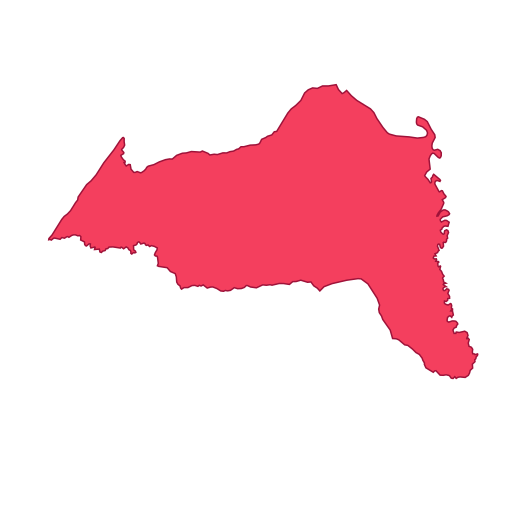 Dondo, Sofala, Mozambique, rotated 170°
{"feature_id": "85939544B17350721147016", "entity_name": "Dondo", "entity_type": "district", "adm_level": 2, "iso_a3": "MOZ", "parent_name": "Mozambique", "parent_adm1": "Sofala", "projection": "robinson", "projection_center": [34.673, -19.439], "detail": "fine", "context": "isolated", "style": "filled", "palette": "rose", "viewbox_px": 512, "rotation_deg": 170, "n_neighbors": 0, "source": "geoboundaries", "source_scale": "gbopen_adm2", "svg_char_len": 5929}
<svg xmlns="http://www.w3.org/2000/svg" viewBox="0 0 512 512"><g transform="rotate(170 256 256)"><path d="M138.0,403.3L141.3,401.4L143.0,401.0L145.9,405.6L147.3,410.8L155.2,410.9L161.0,411.9L166.4,410.4L171.1,411.7L175.7,410.6L179.8,408.1L184.8,401.4L190.6,397.4L195.8,394.7L199.8,391.3L214.0,375.1L216.4,375.2L219.4,372.5L223.9,371.9L225.7,371.0L230.2,369.9L232.5,366.7L233.9,365.7L237.0,365.5L242.5,366.2L249.0,365.7L251.8,366.2L254.5,364.5L256.5,364.4L259.9,363.2L263.4,363.3L267.0,362.6L270.8,363.3L276.4,362.6L279.6,363.5L283.9,363.5L285.4,365.4L290.6,368.7L292.9,368.0L301.5,370.1L306.7,369.6L310.7,370.0L316.7,368.9L321.6,366.0L324.4,366.6L328.4,366.6L334.8,365.5L340.7,363.7L346.5,363.2L348.2,362.3L349.3,360.9L351.3,359.4L354.1,358.1L355.3,358.0L358.4,359.8L360.4,359.3L361.9,359.6L364.0,363.2L364.0,367.8L365.4,368.3L368.2,367.2L369.2,369.2L369.7,370.9L368.8,370.7L368.4,372.1L370.0,374.0L371.5,377.2L371.6,378.6L368.6,379.8L368.2,380.9L369.7,383.4L369.8,384.3L367.6,385.9L366.1,388.0L366.0,391.5L365.4,394.7L366.0,395.7L366.8,395.7L369.9,393.2L377.5,385.2L389.7,374.2L399.3,363.7L405.3,358.7L410.4,355.7L420.9,345.0L421.9,342.1L424.4,339.9L430.8,332.8L434.4,330.1L438.0,328.3L440.9,325.8L453.2,312.1L456.9,309.2L457.3,308.0L456.1,308.1L454.8,307.2L452.3,308.6L451.2,308.6L446.0,306.5L444.0,307.9L441.5,306.8L439.1,307.8L438.0,307.8L437.0,306.9L433.8,308.3L432.2,308.5L430.2,308.2L427.9,306.8L426.1,306.8L425.1,305.4L425.9,302.2L422.5,299.7L422.7,297.1L422.1,295.8L421.2,295.3L418.2,297.0L417.0,296.6L417.6,294.7L417.2,292.6L413.2,292.8L412.9,292.5L413.9,290.4L409.1,290.0L409.0,287.1L407.7,286.3L406.1,287.4L403.6,287.6L402.4,289.2L400.8,289.0L399.2,290.3L395.3,289.8L388.2,287.4L387.5,288.1L386.8,288.0L385.1,286.1L382.3,287.5L380.8,286.3L380.1,284.3L378.7,283.2L378.5,281.7L378.8,280.4L378.0,279.5L376.1,280.6L374.8,280.1L373.7,280.4L373.9,281.7L375.4,283.4L374.8,287.5L372.3,287.7L371.0,288.6L370.5,289.8L369.1,290.3L368.4,289.9L367.4,287.8L364.1,288.2L363.1,287.5L362.9,286.3L362.2,285.5L360.4,285.6L359.1,283.8L357.2,284.4L354.4,283.1L351.8,281.1L352.4,279.3L354.5,276.9L355.8,274.7L355.1,273.5L353.5,273.0L353.2,271.9L353.5,265.7L354.8,263.5L353.7,262.7L345.5,259.9L343.0,255.6L338.6,252.7L338.1,249.3L338.6,244.1L337.8,241.7L336.0,239.7L335.8,237.6L335.1,236.3L332.4,237.4L328.6,236.7L324.2,238.0L321.3,237.7L318.5,236.2L317.0,237.0L315.3,236.0L313.0,236.7L309.6,232.9L306.1,233.3L303.9,233.0L300.1,230.7L296.8,227.7L294.0,226.9L292.3,227.4L290.0,226.6L287.1,226.6L282.9,228.6L279.8,227.0L276.0,226.5L272.9,227.1L270.7,228.6L269.6,228.4L266.7,226.4L261.1,224.6L254.4,226.4L250.8,225.4L247.2,225.3L245.3,224.5L238.0,224.9L233.6,224.1L228.0,222.2L224.3,224.4L221.0,223.9L216.1,224.4L209.8,221.2L206.4,220.9L204.3,216.6L201.2,213.7L199.2,210.5L194.3,214.0L185.9,215.6L170.8,216.4L159.5,216.0L156.4,215.2L150.6,209.1L144.0,193.3L142.8,186.2L144.4,182.4L144.4,178.8L142.8,175.1L142.2,171.5L136.7,159.8L135.8,151.0L132.2,150.1L130.0,148.7L125.0,142.7L122.0,141.6L118.0,137.1L115.2,133.1L112.2,130.7L110.1,126.5L109.8,124.4L108.7,121.4L109.0,120.0L108.1,116.4L101.6,110.7L100.1,111.8L98.7,111.8L95.4,106.7L92.3,106.0L89.4,106.0L86.8,104.9L86.1,104.3L85.1,102.0L84.1,101.4L83.1,101.2L81.2,102.6L80.1,100.7L78.2,101.5L76.1,101.5L71.1,100.1L67.6,101.6L66.0,103.7L64.9,106.2L62.1,108.0L61.7,111.9L58.7,113.9L58.6,115.9L57.4,116.6L56.6,118.6L55.3,119.4L54.7,120.7L54.8,121.1L57.5,120.9L57.9,121.6L59.5,122.1L59.6,123.9L58.8,126.5L59.7,128.7L61.9,130.1L62.1,133.4L60.5,136.7L61.3,138.2L62.6,137.8L62.8,138.3L61.0,140.9L61.4,143.9L63.5,145.7L69.2,145.4L71.7,146.3L72.1,146.3L72.6,145.1L74.4,145.4L74.9,148.9L73.4,150.6L71.1,151.2L70.6,152.6L69.1,153.9L69.2,154.9L70.5,157.0L71.7,157.5L74.1,158.0L77.7,157.4L78.9,158.4L79.0,159.6L78.0,162.3L76.0,163.4L75.1,163.3L73.9,161.6L73.1,162.9L71.9,163.6L72.0,167.0L72.3,167.7L73.8,168.1L73.2,168.8L71.8,168.7L71.7,169.8L72.3,169.9L72.6,170.9L71.9,173.2L72.1,174.9L72.8,175.4L75.0,174.4L75.9,174.6L77.9,175.7L78.7,177.1L78.2,178.9L76.6,178.2L75.0,179.1L74.6,180.8L72.7,180.7L72.4,182.6L73.6,185.9L71.8,188.7L72.1,189.7L73.8,190.6L76.0,189.2L77.0,189.3L77.5,190.0L77.6,191.2L77.0,192.1L75.3,192.9L74.1,192.8L76.6,195.3L76.0,196.1L73.7,196.2L75.8,197.9L75.6,199.8L76.1,201.6L75.9,202.2L74.2,203.5L75.3,205.5L76.0,208.7L77.3,210.8L76.0,213.8L76.3,214.2L77.9,213.6L78.5,214.5L78.3,217.4L77.1,218.1L77.2,218.8L79.9,219.6L78.8,221.0L78.9,221.9L80.9,222.1L81.8,223.3L80.8,225.0L78.6,224.8L79.4,227.1L76.6,227.8L75.9,229.0L74.7,229.7L75.6,234.1L75.0,235.7L74.3,236.1L73.1,235.6L72.9,232.4L71.9,231.4L71.1,231.5L69.6,233.1L69.3,236.7L68.7,237.0L67.4,236.4L66.7,236.6L65.7,237.8L65.5,239.4L64.2,240.2L64.2,242.8L62.3,245.7L62.6,247.7L63.8,248.7L65.7,248.2L66.4,246.8L66.6,245.4L67.6,244.9L68.4,245.4L69.9,247.5L70.0,249.4L68.3,250.2L67.8,251.3L65.8,252.6L64.4,252.7L61.8,251.9L59.9,255.7L62.1,257.9L63.8,258.4L67.6,257.3L68.3,258.7L68.2,260.1L65.4,262.1L60.8,262.4L58.7,263.2L58.0,264.0L58.8,266.1L59.9,267.2L61.8,268.6L63.7,268.8L66.9,267.3L69.7,263.8L70.9,263.8L70.7,264.6L68.9,266.9L65.6,269.8L62.0,275.2L61.8,276.2L62.8,279.1L59.2,280.6L58.5,281.7L60.2,284.7L61.1,287.8L62.0,288.2L64.1,287.3L64.6,287.6L67.2,295.3L67.3,296.8L66.4,298.4L64.6,299.0L61.9,297.5L61.2,298.4L61.7,299.5L66.8,305.6L67.7,304.8L68.6,303.1L70.2,302.0L70.3,298.5L71.0,297.8L71.7,297.8L73.3,301.5L75.6,304.9L75.9,305.9L73.3,309.1L69.4,311.3L68.8,321.5L67.2,324.2L65.5,326.0L64.1,326.6L62.7,326.0L59.6,321.7L58.3,320.6L57.4,320.8L56.2,322.5L55.6,325.5L56.4,327.8L58.5,329.5L62.1,329.2L63.2,330.0L63.8,331.5L63.7,333.9L62.8,336.6L59.0,341.6L58.9,344.4L61.5,350.4L64.0,358.6L66.4,361.4L71.9,364.9L72.9,364.7L73.9,363.4L74.8,360.0L74.8,358.2L74.1,356.9L69.5,354.3L66.2,350.2L65.7,347.4L66.7,345.2L68.2,344.0L70.5,343.7L76.6,344.1L84.5,346.7L97.1,349.9L103.5,352.9L105.3,354.6L108.7,360.6L113.1,370.4L115.0,376.7L117.7,381.0L129.7,391.7L134.3,397.3L138.0,403.3Z" fill="#f43f5e" stroke="#9f1239" stroke-width="1.5"/></g></svg>